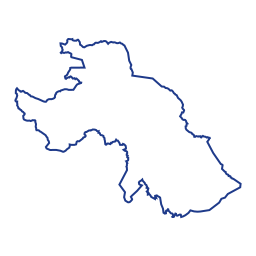 Namosi, Central, Fiji
{"feature_id": "14151628B28251361437248", "entity_name": "Namosi", "entity_type": "district", "adm_level": 2, "iso_a3": "FJI", "parent_name": "Fiji", "parent_adm1": "Central", "projection": "albers", "projection_center": [178.074, -18.067], "detail": "fine", "context": "isolated", "style": "outline", "palette": "blue", "viewbox_px": 256, "rotation_deg": 0, "n_neighbors": 0, "source": "geoboundaries", "source_scale": "gbopen_adm2", "svg_char_len": 5721}
<svg xmlns="http://www.w3.org/2000/svg" viewBox="0 0 256 256"><path d="M72.3,39.1L71.6,39.3L68.4,39.0L68.0,39.2L67.2,40.3L67.4,41.8L66.8,43.0L65.1,44.6L62.0,43.5L60.5,43.4L60.8,46.0L62.1,47.4L62.2,48.8L62.7,49.9L61.8,51.6L60.8,52.7L61.2,53.1L62.5,52.2L63.2,52.8L64.3,52.9L65.8,52.4L66.9,52.6L67.6,52.2L68.4,52.2L69.1,52.8L70.7,53.4L71.4,54.1L71.1,56.5L71.4,57.2L81.9,59.9L84.5,67.6L71.1,67.7L70.2,68.0L70.2,69.4L68.1,72.6L67.4,74.4L67.0,74.7L66.8,75.3L65.1,76.2L64.9,76.8L65.4,77.8L65.4,78.5L66.0,78.8L66.3,78.4L69.0,77.1L69.5,77.4L70.0,76.7L70.5,76.4L71.2,76.7L72.9,78.6L74.4,78.2L75.2,79.1L75.7,78.6L76.4,78.5L78.9,80.8L78.9,81.2L79.4,81.9L79.4,82.8L79.8,83.0L80.2,82.4L81.2,82.6L81.1,83.0L77.3,84.3L76.2,85.6L73.4,89.8L68.8,89.9L66.9,89.3L64.8,89.2L60.8,90.5L60.2,91.3L59.6,91.1L58.7,91.3L57.2,92.0L56.2,92.9L56.1,93.8L55.4,94.4L54.9,96.3L55.0,97.1L54.3,98.1L52.9,98.8L51.3,99.2L50.0,99.1L48.5,99.3L47.1,100.2L46.2,101.6L45.2,101.8L43.5,101.4L38.2,99.0L35.4,98.1L32.6,96.6L30.8,96.3L29.7,94.9L29.1,94.8L27.2,93.1L25.2,92.8L24.4,91.9L23.0,90.9L22.0,91.2L21.7,91.6L20.7,91.7L20.3,91.5L20.0,90.9L18.6,90.2L17.0,88.3L16.2,89.3L15.9,90.6L15.8,93.1L16.8,93.8L16.8,94.6L17.2,95.2L17.2,95.7L16.2,98.9L15.7,99.3L15.4,100.7L15.9,101.4L17.2,101.5L17.1,103.0L17.4,104.2L17.1,105.2L18.1,107.0L18.4,108.4L18.6,108.6L19.4,108.6L20.3,109.8L21.2,110.1L22.0,111.4L23.1,111.9L24.2,113.2L24.6,113.4L24.7,113.8L24.5,114.5L23.2,115.9L23.5,118.5L23.9,119.4L25.5,120.2L27.2,120.7L29.7,120.6L30.5,121.0L31.7,120.7L32.4,120.2L35.0,120.3L35.4,120.9L35.3,121.9L36.0,124.1L35.7,126.9L36.2,128.1L36.2,129.5L36.5,130.2L38.1,130.2L39.0,130.5L39.8,131.4L40.5,131.6L45.6,135.2L46.7,137.0L47.4,137.6L47.8,139.9L48.8,141.3L49.1,143.0L45.9,147.0L46.6,148.5L50.1,150.0L56.0,149.9L60.3,150.7L63.1,151.8L64.2,151.5L65.7,150.6L66.8,149.4L69.3,147.6L69.8,145.9L69.7,144.5L71.6,144.9L74.2,144.9L76.1,144.4L76.7,141.8L77.5,141.2L79.2,141.3L82.8,138.5L83.2,137.6L85.0,136.9L85.6,136.2L85.6,135.4L84.5,134.4L84.5,133.9L84.6,133.1L85.4,132.1L86.4,132.0L89.1,130.4L90.6,130.5L90.8,130.2L91.4,130.2L92.7,129.5L94.8,129.6L96.2,130.1L97.0,131.0L98.0,131.4L98.6,131.2L98.4,132.8L99.5,132.9L99.8,133.2L100.2,134.5L100.8,135.1L102.2,135.3L103.4,135.9L103.6,137.2L104.5,138.1L104.5,139.5L104.8,140.2L105.3,144.2L105.7,144.6L106.4,144.6L107.3,143.5L108.3,143.5L110.2,144.1L110.9,142.9L111.6,143.2L112.5,142.0L115.1,141.5L116.1,139.7L116.8,140.6L117.8,140.6L119.3,142.7L120.1,144.9L122.6,144.9L123.0,143.9L124.2,144.4L125.6,145.8L126.0,148.1L125.9,148.7L123.6,149.8L124.7,150.7L126.4,151.2L127.1,151.9L127.2,153.3L126.7,154.1L126.7,155.0L127.7,155.6L127.1,157.0L127.5,157.5L128.2,157.7L128.2,159.8L128.0,160.3L127.6,160.7L126.3,161.2L126.6,161.5L126.6,162.1L127.3,163.1L127.0,163.3L126.9,164.0L126.9,165.6L126.4,166.7L126.8,167.2L127.0,170.1L119.4,184.6L125.0,192.2L124.1,197.2L125.3,200.6L127.8,202.2L128.8,202.3L129.8,202.0L130.9,201.0L132.1,199.6L132.1,199.1L130.9,196.8L131.7,195.9L137.1,190.9L141.9,185.4L139.7,184.6L139.2,184.2L138.9,182.5L139.4,181.6L141.0,180.7L142.3,179.5L142.6,180.6L144.8,183.0L144.9,183.8L145.7,184.6L146.3,184.9L146.4,185.6L147.1,186.4L147.1,187.6L146.7,187.5L146.6,187.8L147.6,188.0L147.5,188.4L147.7,188.8L148.0,188.2L148.3,188.4L147.9,189.3L148.1,189.8L147.5,190.7L147.7,191.3L146.9,191.6L147.4,192.3L147.8,192.3L148.6,193.0L148.5,193.3L147.8,193.6L147.8,194.6L149.3,194.1L150.5,195.5L151.2,196.9L155.0,199.0L155.1,197.4L156.1,197.8L155.3,195.8L156.8,195.4L158.1,196.4L159.2,196.9L160.1,197.6L161.2,204.3L163.0,208.7L163.5,212.7L164.8,213.6L166.0,213.3L166.0,213.0L165.5,212.4L165.9,211.9L165.8,211.2L166.2,210.7L166.9,210.8L167.1,210.2L167.5,209.9L168.0,209.2L168.3,209.4L168.2,210.0L168.6,210.8L169.6,211.7L170.5,212.9L171.1,213.4L172.2,213.5L172.7,214.0L173.1,215.1L173.1,215.8L172.3,216.8L172.6,217.0L173.3,217.0L174.0,216.7L175.4,213.6L176.0,213.8L176.1,214.7L177.0,215.7L177.4,215.7L179.6,214.6L180.4,214.6L180.8,214.7L181.2,217.0L183.1,216.4L185.4,215.2L188.5,212.9L190.4,210.4L194.1,211.4L197.5,211.7L200.4,211.5L209.4,210.1L219.2,202.6L221.4,198.8L225.0,197.6L227.8,194.0L240.2,187.3L240.6,183.8L233.3,178.8L232.2,178.6L231.6,177.8L230.6,177.5L230.5,176.5L229.8,176.0L229.5,175.8L228.6,176.0L228.1,174.7L226.8,174.2L226.3,173.8L225.7,172.7L225.6,171.9L224.8,171.7L222.0,168.9L222.6,165.1L222.1,164.6L220.8,164.0L213.2,153.0L207.3,141.8L209.0,139.4L209.2,138.5L210.5,137.9L209.7,137.9L207.4,137.2L207.0,137.6L206.6,137.5L205.6,136.8L203.8,136.5L202.9,135.9L201.9,136.6L201.4,137.4L200.9,137.3L200.8,137.0L201.1,136.5L200.2,136.2L199.2,136.5L198.8,136.3L198.2,136.6L196.3,136.1L195.5,136.4L195.2,136.8L194.3,136.8L194.0,135.3L193.5,134.7L192.4,134.2L192.4,133.8L191.3,132.7L189.3,132.1L186.5,129.8L185.8,128.6L185.6,126.4L186.5,125.9L186.6,124.0L186.8,123.6L187.3,123.5L186.3,122.2L186.1,121.1L185.2,120.0L184.6,119.8L183.5,119.9L182.4,119.3L181.9,118.3L180.1,116.3L181.4,114.2L182.0,112.4L183.3,112.5L184.1,110.5L183.9,109.8L182.7,108.7L182.2,107.6L182.7,106.6L183.0,104.7L181.6,101.6L180.6,100.2L178.0,97.9L176.7,95.2L175.3,94.5L174.9,93.8L174.0,93.3L172.9,91.5L171.8,90.4L171.3,90.3L170.3,90.6L168.4,88.8L167.2,88.2L165.6,88.0L164.1,86.7L161.7,86.5L152.7,78.5L132.3,75.6L132.8,72.5L131.4,69.1L130.9,69.0L130.6,68.4L130.6,67.0L131.3,65.0L129.2,60.7L128.0,52.7L124.4,45.4L123.5,45.0L122.3,43.8L121.1,43.5L119.9,42.5L118.3,43.1L117.0,43.2L114.9,42.4L113.9,42.3L113.3,42.5L111.1,41.9L109.0,42.8L108.1,43.8L106.4,41.6L105.4,41.1L104.0,41.0L101.8,41.9L101.0,41.2L99.7,42.1L97.9,42.9L95.8,42.7L95.0,43.1L94.0,44.3L93.5,44.3L92.2,45.2L90.0,45.0L89.0,45.2L86.8,45.8L84.4,47.3L83.1,47.1L81.1,45.2L80.1,44.7L79.8,42.2L78.2,39.8L77.4,39.8L76.4,40.7L74.2,40.7L72.7,40.2L72.3,39.5L72.3,39.1Z" fill="none" stroke="#1e3a8a" stroke-width="2"/></svg>